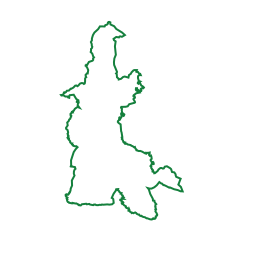 the district of Tonkolili, Northern, Sierra Leone, rotated 112°
{"feature_id": "65957751B39959109464342", "entity_name": "Tonkolili", "entity_type": "district", "adm_level": 2, "iso_a3": "SLE", "parent_name": "Sierra Leone", "parent_adm1": "Northern", "projection": "mercator", "projection_center": [-11.945, 8.764], "detail": "fine", "context": "isolated", "style": "outline", "palette": "green", "viewbox_px": 256, "rotation_deg": 112, "n_neighbors": 0, "source": "geoboundaries", "source_scale": "gbopen_adm2", "svg_char_len": 5926}
<svg xmlns="http://www.w3.org/2000/svg" viewBox="0 0 256 256"><g transform="rotate(112 128 128)"><path d="M36.7,183.9L36.6,185.0L37.0,185.8L37.9,186.1L38.7,185.7L39.9,186.1L41.2,187.6L42.6,187.7L44.3,192.1L47.5,192.7L52.1,194.9L55.0,195.3L58.5,195.0L60.3,194.3L62.2,194.6L63.7,193.1L65.4,192.3L66.1,191.5L67.5,191.4L68.6,191.9L70.5,191.1L71.5,191.1L72.4,189.0L75.0,186.8L75.2,186.0L76.7,186.4L77.8,185.8L78.9,186.1L81.4,189.0L84.9,189.5L85.1,190.4L85.7,190.4L85.9,190.7L86.2,190.6L86.2,189.7L86.8,189.4L87.1,188.7L89.2,186.6L92.5,185.8L92.7,186.5L94.8,187.2L96.3,186.0L96.4,186.3L96.8,186.1L98.2,186.3L101.0,185.2L102.9,184.8L103.7,185.4L103.3,186.6L103.8,188.0L104.9,189.2L107.2,189.9L108.2,190.6L107.9,191.7L108.5,192.8L111.0,193.8L113.1,195.5L113.1,195.9L115.4,196.8L116.4,198.7L118.0,199.0L119.2,199.9L118.8,200.5L119.0,200.7L121.5,200.6L122.5,202.4L122.8,201.9L121.9,200.1L122.3,197.9L121.4,195.7L121.4,195.3L122.1,195.0L122.0,193.8L121.2,194.0L120.6,194.6L119.4,194.3L117.5,190.8L120.5,186.8L120.9,184.4L122.1,183.7L121.9,184.9L122.2,185.3L123.0,185.3L123.5,183.6L125.8,183.2L127.4,180.6L127.4,182.7L127.8,183.0L130.2,184.5L132.0,184.7L132.5,185.2L133.0,185.0L133.8,185.5L134.0,185.3L134.1,185.8L134.6,185.5L135.0,186.2L135.8,186.1L136.5,186.6L137.4,186.2L137.7,185.6L137.9,185.8L138.8,184.9L139.5,185.2L141.0,185.0L142.2,185.7L143.7,185.6L145.7,186.4L148.1,184.9L151.0,185.5L151.9,185.1L152.5,183.3L154.4,181.9L155.5,181.7L156.0,181.9L157.4,180.4L157.6,180.8L158.6,180.2L159.5,180.4L159.6,179.5L160.1,179.8L160.3,179.5L160.1,178.7L160.5,178.5L160.6,179.0L160.8,178.9L162.0,176.6L163.0,176.2L163.6,174.5L163.3,173.9L164.2,173.8L164.6,172.8L164.4,172.5L165.0,172.0L164.7,169.9L164.2,169.0L164.7,167.6L167.3,168.6L170.7,169.3L179.3,168.7L183.7,166.8L185.1,166.7L185.1,166.4L184.3,166.3L184.6,164.7L184.1,162.6L185.5,161.4L186.3,161.9L188.4,161.9L190.7,161.1L192.1,159.8L197.7,160.4L202.3,158.3L205.7,158.4L207.8,157.8L209.1,158.1L209.5,157.8L210.3,158.3L210.7,158.0L212.3,158.5L212.6,159.4L212.3,159.9L213.0,160.7L213.4,160.8L214.4,160.2L214.6,159.3L215.3,159.0L215.3,158.2L216.2,158.5L216.7,157.5L217.3,157.8L218.5,156.9L219.1,156.1L219.0,155.1L219.4,154.7L218.9,151.9L218.6,151.2L218.2,151.3L217.7,148.4L217.3,147.7L217.5,145.2L217.8,145.3L218.0,144.7L217.5,142.8L216.0,142.2L213.9,138.4L214.2,137.7L212.9,135.4L213.2,134.7L212.7,131.9L212.4,131.1L211.7,130.9L211.2,129.7L211.4,128.7L210.8,126.9L209.8,125.5L209.4,124.1L208.7,123.5L208.5,122.4L206.6,118.6L206.0,116.5L204.7,114.2L202.8,113.2L199.5,115.0L199.1,115.5L198.9,116.9L194.2,116.7L190.8,115.9L189.2,116.0L188.4,114.4L189.5,114.4L189.5,113.2L190.6,111.9L190.8,110.2L191.3,110.2L191.0,109.6L191.7,109.6L192.5,108.4L192.6,107.5L193.3,107.2L193.8,106.3L194.1,107.0L195.3,106.1L195.4,105.7L195.6,106.3L195.1,106.7L195.5,107.5L196.6,107.1L196.7,107.6L197.3,107.8L197.5,108.3L197.8,108.2L198.6,104.7L198.9,104.4L199.2,104.6L199.3,105.2L200.0,105.7L200.6,104.9L200.2,104.5L201.1,102.7L201.4,100.6L202.2,100.5L202.7,99.5L202.5,99.1L202.9,96.9L202.5,96.9L203.2,96.2L203.5,96.6L204.5,96.6L204.5,95.3L204.9,94.8L204.9,93.8L205.5,92.7L204.9,92.2L205.0,91.1L203.6,89.7L203.8,88.4L204.3,87.8L204.4,85.7L204.1,85.2L204.8,84.3L204.8,82.8L204.4,82.6L204.8,80.7L204.4,78.8L204.8,77.0L204.5,76.4L204.4,73.3L203.9,71.6L203.3,71.4L202.5,69.8L202.1,70.2L201.7,68.9L200.7,68.6L199.6,69.2L198.3,68.3L197.8,68.7L197.4,68.5L196.3,69.5L195.1,71.3L193.9,71.5L193.3,72.1L192.8,71.6L191.5,72.7L190.8,72.9L190.7,73.3L188.9,73.8L188.0,73.3L186.9,75.4L185.5,76.3L185.9,77.7L184.3,78.5L180.9,82.6L177.1,85.7L176.3,87.1L176.1,85.2L175.4,83.5L173.1,81.4L170.4,79.9L166.4,78.7L167.0,76.5L166.8,75.7L167.7,73.8L167.4,73.4L167.5,71.0L167.9,67.4L167.4,67.0L167.5,62.3L166.9,58.5L167.0,55.7L166.3,53.6L162.8,56.9L161.6,60.1L155.3,60.2L155.2,65.0L154.0,66.1L153.1,66.5L151.8,68.4L152.3,70.7L150.0,72.6L149.5,73.8L148.9,77.6L150.1,79.4L152.1,79.7L152.6,80.5L152.5,81.8L153.0,83.0L155.1,84.2L156.7,84.4L159.8,86.1L160.1,86.7L159.3,87.0L159.2,88.8L158.4,88.6L157.7,89.0L157.6,90.2L157.0,90.3L156.3,91.6L155.0,91.9L154.8,92.9L153.0,92.5L151.8,90.7L151.5,90.8L152.0,91.9L151.8,92.3L151.3,91.7L150.3,91.7L150.1,92.1L150.8,93.1L149.5,94.9L149.1,95.1L147.7,94.5L145.9,95.5L144.9,96.4L145.7,97.2L145.0,98.5L143.8,98.3L142.6,98.7L143.6,100.1L143.8,101.0L144.8,101.4L144.4,102.2L145.1,102.5L144.6,106.2L144.7,108.1L145.3,109.2L145.5,111.8L144.9,111.9L144.3,113.4L143.0,114.5L143.6,115.1L143.1,116.9L143.2,118.3L142.8,119.1L143.4,122.2L143.0,123.4L143.8,124.7L143.2,125.9L142.5,125.6L142.6,127.2L141.4,128.0L140.5,129.6L139.5,129.4L139.0,130.3L138.3,130.0L134.5,132.3L133.5,133.2L127.4,136.2L126.9,138.5L126.2,139.7L125.4,139.9L124.3,139.4L123.4,139.5L123.4,138.7L123.0,138.6L122.1,139.9L121.6,140.0L121.2,139.7L121.3,138.4L120.7,138.2L119.6,138.2L118.5,139.0L118.2,137.7L118.5,136.7L118.1,136.4L116.8,136.5L116.3,138.1L116.9,139.2L116.8,139.7L115.6,139.4L113.8,140.5L112.5,140.7L111.8,142.1L111.4,142.2L110.9,142.1L109.3,138.3L108.0,136.4L105.5,135.8L102.1,131.3L101.6,131.1L101.0,131.5L99.2,133.8L98.3,133.8L97.6,133.0L97.1,133.0L96.2,133.7L96.2,135.0L95.4,135.0L92.6,133.3L90.8,130.5L90.2,131.5L90.3,133.3L90.0,134.6L89.3,135.2L88.1,135.5L87.7,134.5L88.9,133.8L89.0,131.3L89.8,130.4L88.8,129.6L88.1,129.7L86.8,130.7L86.0,130.2L85.5,128.7L84.5,128.4L84.0,129.4L83.6,131.7L81.7,133.7L83.1,134.8L82.8,135.7L82.0,135.9L80.3,134.3L80.3,135.6L80.0,135.9L77.9,137.5L76.2,138.1L74.6,137.3L74.2,136.0L73.2,137.0L73.4,138.1L72.3,139.8L72.8,141.3L72.5,141.5L71.0,141.5L71.9,143.8L72.5,144.5L75.2,145.6L76.7,145.7L78.5,146.9L81.1,146.5L81.5,150.3L82.6,151.7L84.9,152.8L86.5,154.8L85.8,155.2L85.1,157.2L82.3,158.6L81.9,159.5L80.9,159.1L80.1,159.2L74.7,164.5L72.2,165.7L68.6,166.7L64.7,166.7L57.2,170.7L52.3,171.9L51.8,173.9L50.8,174.8L48.0,173.0L47.4,170.3L46.6,170.2L46.0,169.7L45.7,167.8L43.0,165.7L41.7,169.2L40.6,175.9L38.8,179.0L38.6,182.9L38.1,183.5L36.7,183.9Z" fill="none" stroke="#15803d" stroke-width="2"/></g></svg>